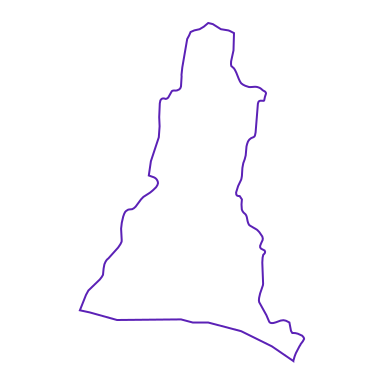 outline of La Libertad
{"feature_id": "SLV-1346", "entity_name": "La Libertad", "entity_type": "Department", "adm_level": 1, "iso_a3": "SLV", "parent_name": "El Salvador", "parent_adm1": "", "projection": "robinson", "projection_center": [-89.306, 13.743], "detail": "fine", "context": "isolated", "style": "outline", "palette": "violet", "viewbox_px": 384, "rotation_deg": 0, "n_neighbors": 0, "source": "natural_earth", "source_scale": "10m", "svg_char_len": 2525}
<svg xmlns="http://www.w3.org/2000/svg" viewBox="0 0 384 384"><path d="M293.3,361.0L271.8,346.3L241.2,331.2L208.1,322.5L192.7,322.5L181.0,319.4L117.0,320.0L89.7,312.4L79.9,310.3L81.2,307.0L86.0,294.9L88.4,290.5L99.8,279.5L101.8,276.9L103.0,274.8L103.6,268.6L104.4,264.3L105.5,261.8L106.5,260.2L107.4,259.2L108.3,258.5L118.1,247.6L120.4,244.2L121.6,241.7L121.7,240.0L121.1,228.7L121.8,222.7L123.2,216.6L124.2,213.8L125.2,211.9L126.1,211.0L127.9,209.8L128.9,209.5L132.1,209.2L133.8,208.3L135.6,206.7L141.0,199.4L143.4,196.9L150.1,192.6L152.9,190.3L156.1,187.2L157.4,185.1L158.0,183.2L157.8,181.8L157.3,180.5L156.7,179.5L156.0,178.7L155.0,177.9L153.9,177.3L148.8,175.5L150.9,161.2L158.8,137.3L159.6,126.3L159.2,117.1L159.8,103.3L160.4,100.4L161.1,99.4L162.0,98.7L163.1,98.4L164.3,98.5L165.5,98.9L166.7,98.7L168.2,97.6L171.8,91.2L172.7,90.7L174.0,90.5L175.5,90.6L177.1,90.4L179.4,89.3L180.5,87.9L181.0,86.3L181.6,76.5L181.5,74.9L182.3,67.4L187.2,39.0L189.1,35.5L190.6,32.0L194.3,30.4L199.6,29.2L203.8,26.7L208.2,23.0L212.8,24.1L220.9,29.2L228.3,30.4L229.7,30.9L234.0,33.1L233.5,50.4L231.1,61.4L231.0,64.2L231.3,66.0L234.0,68.4L235.1,70.2L236.4,72.9L238.7,78.7L240.0,81.5L241.2,83.3L243.1,84.7L245.3,85.8L248.9,87.0L250.3,87.1L254.4,86.8L255.8,86.8L257.2,87.0L258.4,87.4L259.7,87.9L261.1,88.8L262.8,90.3L265.2,91.7L265.9,92.8L266.0,93.6L264.9,97.0L264.3,99.9L264.1,100.5L263.7,100.8L260.4,100.7L259.2,101.1L258.4,102.0L257.9,103.7L255.6,132.4L255.0,135.3L254.5,136.4L253.6,137.1L251.2,138.1L250.3,138.8L249.3,139.6L248.0,141.5L247.1,144.0L246.5,146.4L245.7,155.4L244.7,159.3L243.3,163.1L242.4,167.9L241.9,176.1L241.5,178.3L241.2,179.6L238.1,186.1L236.1,192.5L236.3,194.6L237.1,195.6L238.2,196.0L239.7,196.1L241.9,199.4L241.5,204.5L241.8,209.4L242.3,210.7L242.9,211.7L243.7,212.7L245.4,214.2L246.2,215.4L246.8,217.1L247.6,221.2L248.3,223.4L249.1,224.9L250.1,225.7L256.6,229.5L257.4,230.1L259.3,232.1L262.3,236.5L262.8,238.5L262.6,240.1L261.2,243.1L260.1,245.9L260.2,247.5L261.1,248.7L264.6,250.5L265.1,251.8L264.9,252.9L264.2,253.9L263.3,254.7L262.6,257.6L262.3,262.5L263.1,283.7L262.9,285.3L260.1,293.5L259.1,297.9L258.9,300.3L259.2,302.2L266.4,315.2L269.0,321.3L269.6,322.3L270.6,322.9L271.9,323.1L273.4,323.0L275.9,322.3L280.6,320.6L283.3,320.2L285.0,320.5L286.1,320.8L289.4,322.5L291.0,330.9L292.3,333.0L293.4,333.0L295.3,333.1L297.8,333.7L302.2,335.7L303.7,337.5L304.1,338.9L302.9,341.2L300.7,344.1L300.2,345.2L299.5,346.2L295.9,353.1L294.7,356.2L293.3,360.9L293.3,361.0Z" fill="none" stroke="#5b21b6" stroke-width="2"/></svg>